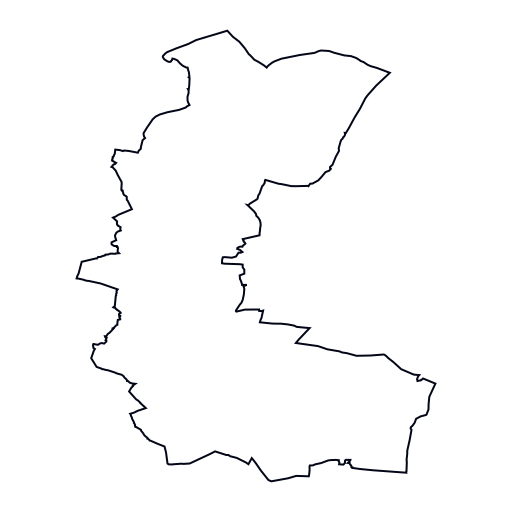 Marnardal nor, Vest-Agder, Norway (Robinson projection)
{"feature_id": "86288312B41344454307945", "entity_name": "Marnardal nor", "entity_type": "district", "adm_level": 2, "iso_a3": "NOR", "parent_name": "Norway", "parent_adm1": "Vest-Agder", "projection": "robinson", "projection_center": [7.526, 58.305], "detail": "fine", "context": "isolated", "style": "outline", "palette": "ink", "viewbox_px": 512, "rotation_deg": 0, "n_neighbors": 0, "source": "geoboundaries", "source_scale": "gbopen_adm2", "svg_char_len": 6029}
<svg xmlns="http://www.w3.org/2000/svg" viewBox="0 0 512 512"><path d="M167.5,463.5L168.6,464.3L172.2,464.5L172.8,464.3L181.5,463.7L183.3,463.9L189.7,463.5L209.8,454.1L215.1,451.4L226.3,455.0L228.5,455.0L230.1,456.2L236.7,457.9L246.0,462.5L248.4,464.2L251.8,458.1L255.9,463.3L260.9,470.6L268.5,480.1L271.4,481.3L288.0,478.3L296.2,475.9L308.8,476.3L309.2,474.2L309.6,469.9L309.5,466.7L309.8,465.5L312.9,465.4L315.3,464.3L321.0,463.1L328.0,460.5L330.5,460.1L335.9,459.9L338.8,460.2L338.7,461.3L339.4,462.4L339.1,464.3L343.4,464.6L344.9,463.0L345.1,460.5L345.7,459.9L350.4,459.9L350.3,460.4L347.9,462.9L349.6,463.0L349.6,463.5L350.3,464.7L351.2,465.5L351.4,467.1L352.4,467.3L352.3,467.9L360.0,469.0L373.4,470.3L406.3,472.7L406.2,472.0L406.5,471.4L406.3,471.0L406.5,470.6L406.8,462.7L406.6,459.4L407.2,454.4L407.3,450.5L409.6,440.3L411.5,429.8L410.6,428.4L410.9,427.2L412.7,425.5L414.7,422.6L416.1,418.8L420.6,416.4L425.9,415.0L426.5,414.6L428.5,409.4L428.6,404.1L429.3,396.8L435.4,383.6L423.1,378.5L422.3,379.4L421.4,379.6L420.9,380.3L417.5,381.0L417.4,380.2L417.1,379.7L417.1,379.0L418.1,376.3L419.2,375.1L413.8,374.6L401.2,369.2L393.4,362.1L387.9,357.8L387.4,357.1L384.9,355.0L383.8,354.5L370.6,355.5L356.5,355.8L346.6,353.1L341.8,352.4L339.6,351.4L327.4,349.3L318.0,346.1L295.9,343.0L298.5,339.8L309.6,328.1L296.8,326.9L294.1,325.6L287.7,324.4L281.1,323.7L272.7,323.6L259.9,322.3L260.4,320.4L261.5,317.9L263.1,310.6L261.5,311.1L259.1,310.9L259.1,309.5L244.9,309.6L236.4,311.6L235.9,311.1L236.0,310.4L240.0,304.4L241.3,303.0L242.7,299.9L243.9,294.2L244.3,288.7L243.5,286.2L246.8,284.9L242.0,284.9L241.8,283.4L240.5,279.9L240.0,279.1L239.7,275.4L244.3,273.7L244.3,269.6L242.7,267.4L242.7,264.6L239.7,264.2L224.8,263.7L222.0,263.3L222.1,260.0L222.8,257.3L224.8,257.1L231.8,257.7L235.6,256.7L236.1,256.4L238.5,252.7L240.8,252.7L242.4,252.0L239.8,249.8L237.2,248.9L237.5,248.3L237.4,248.0L239.1,246.9L240.5,246.6L242.3,246.7L242.3,246.3L245.4,243.6L244.8,242.5L243.7,241.6L243.2,240.3L243.5,240.1L242.8,239.1L259.5,235.3L259.7,234.3L259.5,233.3L259.8,232.0L260.2,227.8L260.7,225.1L260.4,222.3L259.8,220.2L258.2,217.6L256.3,215.8L256.0,214.0L254.1,211.4L247.4,205.0L248.5,205.2L249.8,203.7L256.8,199.4L257.6,198.6L258.1,196.1L258.7,194.7L259.5,193.7L262.2,186.1L263.0,185.5L264.6,183.1L265.0,180.4L265.3,179.9L278.8,183.8L281.5,184.1L291.2,186.1L295.5,186.2L307.9,185.9L308.4,186.2L310.2,183.7L312.4,183.6L318.3,180.4L321.7,176.7L325.5,172.1L329.1,170.7L330.6,169.2L330.8,168.7L330.0,168.1L330.1,166.9L332.5,164.8L335.8,156.7L339.0,150.9L338.7,148.2L340.5,141.8L341.1,140.2L341.7,139.4L342.6,138.7L343.1,137.3L343.7,137.0L344.8,135.4L345.1,134.2L344.8,132.9L345.8,133.1L348.7,128.4L354.7,117.3L359.9,108.9L365.3,98.4L367.5,95.4L376.2,85.6L389.8,72.8L376.8,67.9L370.8,66.2L367.6,64.8L363.5,62.0L360.6,61.0L359.4,60.0L356.0,57.9L350.9,56.1L344.3,55.4L334.3,52.8L329.1,51.0L321.3,50.5L318.9,51.0L314.5,52.9L299.8,55.0L281.4,58.7L274.4,61.4L272.4,62.5L269.4,64.7L267.4,66.5L266.7,67.6L264.0,65.4L258.6,62.0L254.3,59.7L250.1,55.2L248.9,54.3L244.7,48.1L239.3,41.7L232.9,36.8L227.3,30.7L196.3,40.0L188.2,44.0L176.7,48.2L167.2,52.1L165.5,53.3L163.1,55.8L162.8,56.4L162.9,57.2L164.2,59.3L167.4,61.3L168.6,61.8L170.1,61.9L171.0,61.4L171.2,60.8L172.0,60.1L172.4,58.6L174.2,58.9L177.4,60.4L179.9,63.3L182.7,65.7L186.4,67.6L187.6,67.6L188.3,70.5L188.9,72.2L189.4,76.9L188.7,77.3L189.6,78.2L189.2,86.0L188.8,89.1L187.9,89.1L188.6,90.4L188.6,92.9L187.5,96.8L187.5,100.0L188.0,102.2L189.5,105.0L186.6,106.6L185.8,107.5L179.0,109.9L167.5,112.2L159.8,114.5L155.6,116.6L152.7,119.3L147.1,127.4L143.6,133.1L143.6,134.5L144.1,136.6L145.1,138.0L142.6,140.2L140.9,147.1L140.8,148.8L138.8,150.6L137.9,152.7L129.0,151.0L124.1,150.5L123.1,151.1L119.8,150.1L115.3,149.6L114.7,154.1L114.2,154.7L113.7,156.3L113.1,156.6L113.1,157.1L112.7,157.3L112.9,157.6L112.7,158.3L112.1,159.8L112.5,160.3L112.2,160.7L116.1,162.9L115.0,164.0L113.5,164.5L111.5,166.9L112.7,167.3L115.8,170.8L117.8,175.1L121.5,181.8L121.7,183.3L121.3,189.7L122.4,190.3L122.6,190.6L122.1,190.9L123.1,192.2L123.3,193.7L123.9,194.8L126.7,196.7L126.8,199.8L127.6,200.6L131.9,209.2L118.4,214.8L115.6,216.6L113.0,217.6L117.1,221.4L116.9,223.5L117.1,224.7L118.0,225.4L118.0,225.7L120.6,227.2L120.2,229.1L120.8,230.5L117.7,231.6L116.9,232.3L116.1,233.1L115.0,235.5L115.2,237.1L116.2,240.2L111.6,242.3L111.5,243.9L111.7,244.4L114.1,246.0L116.8,246.0L116.8,247.0L117.6,247.0L118.0,248.2L117.6,250.9L117.8,252.0L119.0,253.2L115.6,253.5L115.3,253.8L110.5,253.6L108.1,254.5L105.6,254.6L104.8,255.2L104.9,255.4L101.8,256.3L100.7,256.9L98.1,257.0L96.9,258.5L96.0,258.4L81.7,261.8L78.6,273.5L77.3,276.1L76.6,278.4L78.9,278.7L83.0,279.6L86.3,280.7L89.1,281.0L100.7,283.5L117.7,289.4L116.4,291.2L116.8,292.8L116.3,293.3L116.1,294.3L116.2,295.3L115.8,295.9L114.8,306.0L113.3,307.3L114.1,307.7L115.0,307.5L115.9,308.9L117.0,309.6L117.3,310.2L118.3,310.5L120.5,312.5L120.7,312.9L119.2,313.8L119.0,314.3L119.1,315.4L120.3,315.9L120.3,316.3L119.3,317.0L119.4,317.5L120.3,319.0L120.1,319.4L117.8,319.9L117.3,323.6L117.4,324.7L115.7,325.8L113.9,327.8L112.5,328.4L112.5,328.9L113.1,329.0L109.4,332.9L107.8,333.9L106.4,336.2L104.9,336.2L105.3,337.3L106.6,337.8L105.6,340.1L106.4,340.4L106.4,340.8L106.3,341.6L104.1,343.6L102.2,343.1L100.3,343.3L97.9,344.8L93.4,344.0L93.0,345.1L93.4,347.9L94.9,349.0L93.9,350.5L91.2,358.2L96.6,366.9L101.7,368.7L102.1,369.2L103.4,369.2L105.2,369.8L108.1,370.3L115.7,372.8L116.1,373.2L121.8,374.8L123.8,376.4L124.2,377.3L126.7,379.6L127.0,381.0L128.1,381.1L129.8,382.7L132.0,383.4L135.3,383.8L132.8,385.6L133.0,386.1L131.2,387.9L129.1,391.5L136.2,399.4L138.1,400.6L140.2,402.6L140.1,402.8L145.8,408.1L137.7,410.8L134.1,412.6L130.2,413.8L130.6,414.3L131.0,415.8L131.8,417.4L132.2,419.0L134.0,422.3L133.9,423.0L134.7,424.0L135.1,425.0L134.9,425.7L135.4,426.9L135.8,426.8L140.9,429.8L141.1,430.7L143.2,433.3L144.5,435.5L147.3,437.8L147.8,438.4L147.6,438.7L148.4,439.0L149.7,440.5L150.1,440.5L157.6,443.8L164.5,446.5L166.0,452.3L167.5,463.5Z" fill="none" stroke="#020617" stroke-width="2"/></svg>